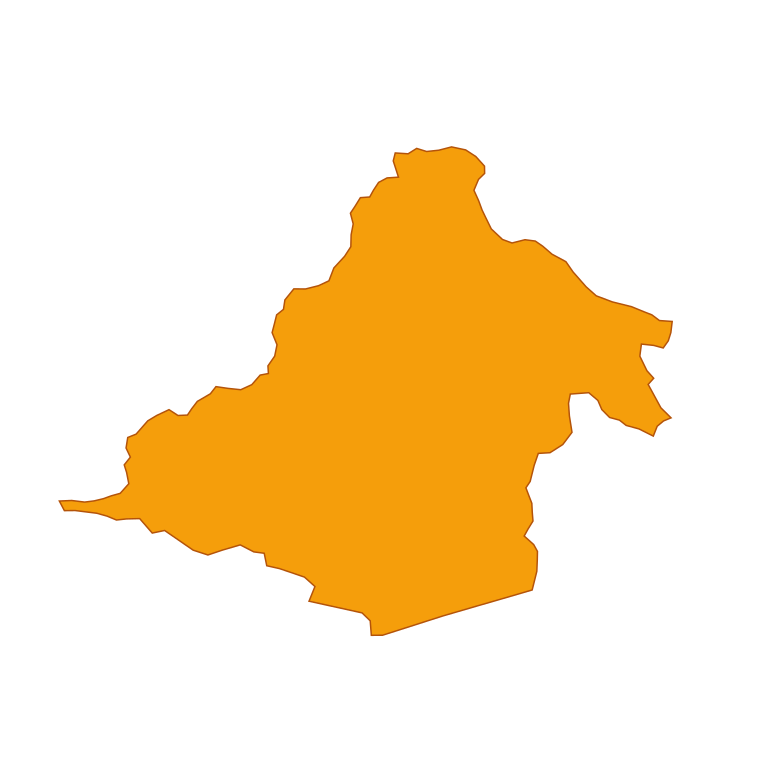 Divinolândia, São Paulo, Brazil (Robinson projection), rotated 104°
{"feature_id": "56859067B36914756997745", "entity_name": "Divinolândia", "entity_type": "district", "adm_level": 2, "iso_a3": "BRA", "parent_name": "Brazil", "parent_adm1": "São Paulo", "projection": "robinson", "projection_center": [-46.706, -21.669], "detail": "fine", "context": "isolated", "style": "filled", "palette": "amber", "viewbox_px": 768, "rotation_deg": 104, "n_neighbors": 0, "source": "geoboundaries", "source_scale": "gbopen_adm2", "svg_char_len": 2054}
<svg xmlns="http://www.w3.org/2000/svg" viewBox="0 0 768 768"><g transform="rotate(104 384 384)"><path d="M612.9,404.2L611.4,349.9L617.1,340.1L630.9,335.5L628.1,324.6L594.9,270.9L576.7,239.7L566.8,222.6L548.0,190.4L528.8,190.4L517.6,192.7L509.3,194.6L503.6,199.9L497.6,211.2L489.7,209.1L480.9,206.3L472.6,209.1L464.0,211.7L456.9,216.7L450.4,221.2L443.2,218.6L426.5,218.6L414.0,217.5L410.5,206.3L399.5,195.9L385.4,189.9L370.1,196.4L358.1,200.3L348.7,200.8L342.9,183.2L348.2,172.5L356.1,166.5L361.9,157.0L362.1,146.8L365.6,139.0L365.9,125.8L369.4,110.1L358.9,108.7L352.2,103.8L347.4,97.3L340.1,109.6L329.2,119.6L320.5,127.6L313.2,123.7L307.5,132.1L295.1,142.5L283.0,143.9L281.3,131.6L281.5,121.8L273.3,118.6L264.7,118.1L253.6,119.5L255.8,132.1L252.1,140.8L251.0,149.4L249.1,162.4L249.1,182.3L247.1,199.4L240.8,211.4L229.6,227.6L221.3,237.1L217.4,252.4L211.9,263.3L208.7,271.8L209.9,282.1L216.2,293.9L215.1,304.0L207.6,317.4L197.4,326.0L191.5,330.9L183.4,336.4L174.3,343.6L162.6,341.8L155.3,337.3L148.3,339.2L141.1,349.9L137.1,361.4L137.6,375.8L143.9,387.4L148.1,398.9L147.5,409.3L154.8,416.3L157.1,429.0L165.3,429.0L179.8,420.0L183.3,430.9L189.7,438.0L198.5,441.1L206.0,443.1L208.9,452.0L218.9,455.2L226.4,457.9L236.1,452.6L247.1,452.0L258.8,449.4L269.6,453.1L283.5,460.7L297.2,462.4L304.5,471.4L310.8,483.2L313.5,494.5L326.4,500.5L335.9,499.6L342.9,504.9L352.6,504.9L361.2,505.0L371.8,497.3L383.4,496.8L394.5,501.0L401.8,498.7L405.3,506.3L416.6,512.1L424.2,521.6L426.0,534.4L427.2,546.4L435.5,550.1L446.0,560.9L454.5,564.6L461.7,567.2L464.4,576.3L460.9,586.4L469.4,596.8L476.9,604.3L492.6,612.4L497.9,619.7L508.5,618.8L516.3,612.4L525.3,616.5L532.0,612.4L542.5,607.5L553.9,613.5L558.5,621.6L563.2,628.6L567.5,636.9L571.0,645.9L572.6,658.9L576.1,670.7L584.2,663.5L581.5,653.1L578.9,631.5L579.2,620.7L580.7,610.7L577.2,601.2L573.7,588.5L584.7,572.8L579.2,561.4L591.4,529.0L592.5,513.5L584.2,500.5L574.9,484.6L578.4,469.7L577.2,459.3L588.7,453.8L588.4,440.8L590.6,414.5L597.2,402.0L612.9,404.2Z" fill="#f59e0b" stroke="#b45309" stroke-width="1.5"/></g></svg>